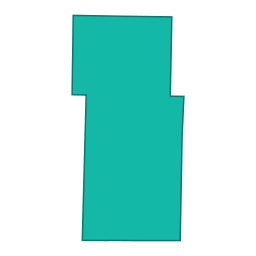 Stone, Missouri, United States of America
{"feature_id": "52423323B45280868731791", "entity_name": "Stone", "entity_type": "district", "adm_level": 2, "iso_a3": "USA", "parent_name": "United States of America", "parent_adm1": "Missouri", "projection": "albers", "projection_center": [-93.458, 36.747], "detail": "fine", "context": "isolated", "style": "filled", "palette": "teal", "viewbox_px": 256, "rotation_deg": 0, "n_neighbors": 0, "source": "geoboundaries", "source_scale": "gbopen_adm2", "svg_char_len": 343}
<svg xmlns="http://www.w3.org/2000/svg" viewBox="0 0 256 256"><path d="M72.8,48.4L72.5,65.1L72.1,94.7L86.2,95.0L82.3,240.4L107.7,240.5L110.2,240.4L139.5,240.6L150.8,240.6L151.3,240.6L180.2,240.6L180.7,213.8L182.1,135.7L183.9,96.4L170.3,96.2L171.8,16.9L125.5,16.3L73.2,15.4L72.8,48.4Z" fill="#14b8a6" stroke="#0f766e" stroke-width="1.5"/></svg>